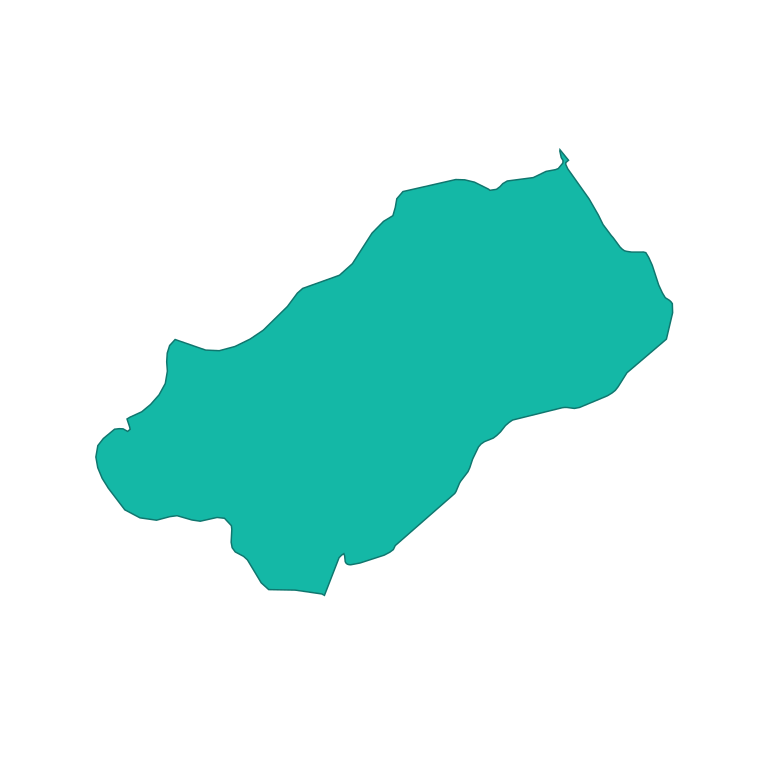 the border of Aoste, rotated 335°
{"feature_id": "ITA-5442", "entity_name": "Aoste", "entity_type": "Province", "adm_level": 1, "iso_a3": "ITA", "parent_name": "Italy", "parent_adm1": "", "projection": "robinson", "projection_center": [7.369, 45.725], "detail": "fine", "context": "isolated", "style": "filled", "palette": "teal", "viewbox_px": 768, "rotation_deg": 335, "n_neighbors": 0, "source": "natural_earth", "source_scale": "10m", "svg_char_len": 1952}
<svg xmlns="http://www.w3.org/2000/svg" viewBox="0 0 768 768"><g transform="rotate(335 384 384)"><path d="M213.5,255.4L236.7,277.9L248.8,284.2L264.7,287.0L281.6,286.7L297.3,284.2L329.3,272.9L343.9,265.0L350.7,263.0L389.6,266.6L406.2,261.6L436.9,242.2L452.3,236.4L463.2,235.2L468.8,228.8L473.9,221.5L482.5,217.6L535.4,229.0L543.5,233.1L551.3,239.3L561.1,251.6L561.8,253.2L568.2,255.1L572.5,254.2L576.4,252.6L581.5,252.1L606.5,260.0L620.7,259.8L630.0,262.2L633.0,262.4L639.5,259.3L640.7,257.1L640.3,253.8L641.8,247.2L642.5,246.1L645.8,259.2L642.3,260.2L641.5,262.0L641.5,266.7L648.1,302.9L649.7,321.5L649.9,332.1L652.7,345.4L653.6,348.6L655.8,359.6L656.9,362.5L658.2,364.8L659.8,366.2L664.2,369.1L675.0,374.1L676.8,375.6L677.4,381.1L677.3,389.8L674.8,410.4L674.8,419.1L675.4,424.7L677.9,428.5L678.8,430.5L679.3,433.0L675.7,441.4L658.9,462.7L608.9,476.5L595.1,485.4L591.0,487.5L587.0,488.5L581.6,489.1L551.3,487.9L546.2,486.6L540.1,482.7L537.9,481.6L535.4,480.8L485.3,471.0L481.1,471.7L476.5,473.0L469.4,476.6L464.7,478.2L460.2,479.2L450.7,478.7L446.6,479.4L443.0,481.0L432.6,489.5L426.4,496.1L423.0,499.0L412.4,504.5L410.5,505.8L403.8,511.9L401.9,513.1L325.9,535.2L322.5,538.0L318.2,538.9L311.9,539.2L286.6,536.1L277.5,533.8L276.0,533.0L274.6,531.8L273.9,530.3L273.8,529.2L273.8,528.6L275.7,523.1L275.9,520.8L273.2,521.2L269.9,522.4L247.9,543.5L240.7,550.4L238.9,548.0L216.3,533.2L192.6,521.6L188.7,512.3L185.9,485.7L183.9,480.9L178.2,473.3L177.2,468.2L178.6,462.8L184.6,451.5L185.8,447.9L182.7,438.3L176.3,434.4L159.5,430.7L152.5,426.1L140.8,415.9L133.8,413.7L120.3,411.3L106.3,402.2L95.9,388.5L90.1,361.9L89.7,358.4L88.7,350.4L89.2,338.9L92.0,328.4L98.6,318.9L106.6,314.8L120.7,311.1L125.2,312.6L128.6,314.4L131.6,318.6L134.8,317.8L135.4,314.9L135.9,310.4L136.3,307.1L139.9,306.7L152.7,306.8L163.8,303.9L175.5,298.8L186.0,291.1L193.1,280.8L196.4,272.1L200.6,264.4L206.0,258.5L213.5,255.4Z" fill="#14b8a6" stroke="#0f766e" stroke-width="1.5"/></g></svg>